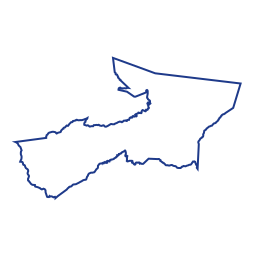 outline of Cruzeiro do Sul, Acre, Brazil
{"feature_id": "56859067B30486301252359", "entity_name": "Cruzeiro do Sul", "entity_type": "district", "adm_level": 2, "iso_a3": "BRA", "parent_name": "Brazil", "parent_adm1": "Acre", "projection": "albers", "projection_center": [-72.817, -7.957], "detail": "fine", "context": "isolated", "style": "outline", "palette": "blue", "viewbox_px": 256, "rotation_deg": 0, "n_neighbors": 0, "source": "geoboundaries", "source_scale": "gbopen_adm2", "svg_char_len": 5904}
<svg xmlns="http://www.w3.org/2000/svg" viewBox="0 0 256 256"><path d="M240.6,83.5L155.2,73.3L113.0,57.9L114.7,71.9L114.8,72.4L115.4,72.8L115.7,73.2L115.7,74.3L116.4,74.7L117.0,74.7L117.6,75.7L117.6,76.1L118.3,77.2L118.1,77.6L118.4,78.0L119.5,79.0L119.8,79.5L120.2,79.7L120.0,80.0L121.0,80.8L128.5,87.9L127.6,87.8L125.9,88.4L124.8,88.2L122.9,88.4L120.5,88.1L120.3,87.7L119.4,87.8L118.8,88.3L118.5,89.3L118.5,89.8L127.0,91.7L134.1,96.6L134.9,96.7L135.4,96.7L145.9,92.5L146.2,91.8L146.2,90.5L146.5,90.2L147.0,90.0L147.4,90.3L147.7,91.0L147.7,93.7L147.1,96.9L147.1,97.8L147.7,98.4L148.0,99.2L148.5,99.7L149.6,100.4L150.0,101.0L150.0,101.6L149.8,101.9L149.2,102.3L148.6,102.3L148.0,102.5L147.6,103.1L148.2,103.3L150.2,103.0L150.4,103.5L149.2,104.4L148.2,104.5L147.8,104.8L148.4,105.8L148.3,106.8L148.5,107.4L148.9,107.9L148.7,108.3L147.9,108.8L147.7,109.6L147.2,109.9L146.1,109.7L145.8,110.1L145.9,110.7L145.7,111.2L145.3,111.3L143.0,110.2L142.5,110.1L141.5,111.5L141.6,112.7L141.3,113.1L139.3,113.0L138.8,112.6L138.4,112.6L137.9,113.4L135.7,114.2L135.3,114.6L136.4,115.3L136.7,115.9L136.2,116.4L135.5,116.2L134.4,116.6L133.2,116.0L132.7,116.2L132.6,117.0L132.3,117.5L131.1,117.7L131.0,117.3L130.5,117.4L129.6,118.1L129.0,119.9L127.6,119.9L127.1,120.2L127.0,120.7L126.8,121.0L126.2,120.9L125.9,120.4L124.6,120.7L124.1,120.6L123.6,120.8L122.9,121.6L121.9,122.2L120.9,121.6L120.3,121.8L119.6,121.6L117.7,122.4L116.8,123.0L115.9,123.3L114.7,123.8L114.4,124.2L112.9,124.3L111.2,124.0L110.7,124.1L107.8,125.9L106.5,126.5L106.0,126.7L105.3,126.7L104.6,126.3L103.8,125.4L103.2,125.3L101.9,125.8L101.3,125.9L100.6,125.7L100.1,125.6L99.4,125.4L99.0,124.9L98.4,124.8L97.8,125.1L96.3,124.9L95.2,125.1L94.2,125.1L93.7,125.2L93.1,126.2L91.2,126.2L89.9,126.6L89.5,126.5L88.3,125.5L87.6,125.3L86.7,125.6L84.3,124.8L84.2,124.1L84.3,123.5L84.7,122.3L85.4,121.9L85.7,120.3L86.2,119.6L87.1,118.8L87.3,118.5L87.4,118.0L86.9,118.3L86.5,118.7L86.0,118.9L85.3,118.9L84.6,119.3L82.1,120.1L80.2,120.1L78.9,120.3L77.9,120.2L76.9,119.8L76.4,119.8L76.0,120.0L75.8,120.4L72.9,121.1L72.7,121.7L72.2,122.1L71.6,122.1L71.1,122.2L70.8,122.6L69.5,123.8L68.3,125.5L67.9,125.9L66.8,125.5L66.4,125.8L65.0,127.4L63.9,127.7L63.4,128.2L63.4,128.7L62.9,128.8L62.1,129.6L61.2,130.5L60.8,131.8L60.4,132.1L57.8,132.8L56.7,133.5L56.2,133.2L55.8,132.5L55.3,132.2L53.6,131.8L52.2,131.8L49.1,132.7L48.2,133.4L47.5,134.6L47.1,134.8L46.6,135.2L46.4,136.3L46.1,136.8L46.2,137.4L46.2,137.9L15.4,142.0L16.3,142.4L17.5,143.3L18.0,143.9L18.7,145.5L20.4,147.0L21.6,150.4L21.0,151.4L20.8,153.0L20.9,154.6L21.5,156.0L21.6,157.1L21.4,159.0L20.6,160.6L20.2,161.7L22.1,161.9L22.6,162.3L22.7,162.8L23.0,163.2L23.1,164.3L23.4,164.8L24.5,165.1L24.9,165.6L25.3,167.0L25.9,168.1L27.6,169.3L28.1,170.2L28.2,171.2L27.7,172.6L27.6,173.6L28.0,174.5L28.7,175.3L29.0,176.1L28.4,178.1L28.0,178.9L28.1,180.5L29.1,181.2L29.4,181.9L29.9,182.3L30.8,183.7L32.3,184.8L34.9,185.0L34.9,185.9L35.3,186.6L36.7,186.9L38.6,187.5L39.3,187.9L40.1,188.2L40.5,188.7L41.9,189.4L43.5,188.7L44.7,189.2L45.5,190.3L45.6,192.4L47.1,196.8L48.1,197.1L48.8,196.9L49.5,196.1L49.9,196.7L50.3,196.4L51.0,196.3L52.3,196.6L53.4,197.3L55.0,196.8L55.5,197.4L55.5,198.1L58.2,195.8L66.8,189.5L67.8,188.2L68.5,187.8L69.1,187.0L69.7,186.9L70.1,186.5L70.9,186.5L71.4,186.3L72.8,184.8L73.4,184.5L75.9,184.2L78.9,182.7L80.6,181.7L81.6,181.3L82.6,180.5L84.2,179.9L85.8,179.7L86.2,179.4L87.1,176.7L87.9,175.7L88.2,174.6L88.8,173.8L89.1,173.5L90.9,172.7L92.7,172.7L93.6,172.3L94.1,172.3L94.7,171.8L96.4,169.2L97.6,168.3L97.9,167.5L98.0,165.7L99.5,163.8L100.4,163.5L101.4,163.5L103.0,162.8L103.1,163.2L103.4,162.8L103.9,162.6L104.2,162.9L104.9,162.0L106.2,162.3L106.2,162.9L106.6,162.9L106.7,162.3L107.3,162.4L107.4,162.0L107.4,161.6L107.1,161.1L107.8,160.8L109.2,161.3L109.2,160.9L110.3,160.5L110.2,160.0L110.6,159.8L111.4,159.5L112.2,159.5L113.8,159.0L114.3,158.3L115.4,157.8L116.1,157.0L116.4,157.1L116.6,156.7L117.2,156.3L117.1,156.0L117.5,155.7L117.3,155.2L117.9,155.1L118.1,155.4L118.8,154.9L118.9,154.0L119.9,153.9L120.4,153.7L120.6,153.3L121.2,153.3L122.2,152.1L123.9,151.5L124.3,151.0L125.0,150.5L125.4,150.9L125.8,152.4L125.9,153.9L125.3,155.3L125.3,155.9L125.7,156.3L126.9,155.8L127.3,156.1L126.9,156.7L127.1,157.9L126.9,158.5L127.0,159.8L126.8,161.0L127.3,161.4L128.1,161.3L129.6,160.8L132.0,160.8L132.4,161.0L132.5,161.5L132.1,162.1L132.0,162.6L132.3,162.8L132.9,162.9L133.3,163.2L133.8,164.0L134.5,164.6L135.0,164.6L135.4,164.3L135.5,163.4L135.8,162.9L136.3,162.5L136.8,162.5L137.2,162.7L138.2,162.5L138.6,162.7L138.9,162.5L139.4,162.5L139.7,162.8L139.7,163.3L139.9,163.7L140.3,163.5L140.7,163.3L141.9,163.9L143.2,163.8L148.6,158.7L157.8,159.1L158.3,159.0L159.0,159.0L159.7,159.7L160.5,160.1L160.6,160.5L160.4,160.9L161.3,161.5L161.7,161.9L162.5,162.2L162.7,162.7L164.0,163.2L164.3,163.7L164.8,164.0L165.5,164.9L165.9,165.2L167.0,165.3L167.7,165.2L168.1,165.4L169.2,165.6L171.3,165.0L172.2,165.1L173.3,165.8L174.7,166.1L175.3,166.1L176.2,166.6L176.8,167.4L177.3,167.8L178.8,168.0L180.6,168.0L181.1,167.6L181.7,166.9L182.0,166.7L182.5,166.7L183.4,166.0L185.6,166.3L186.8,165.7L188.3,165.3L189.2,164.8L190.4,164.7L190.9,164.5L191.7,163.5L192.3,162.5L193.1,161.5L193.6,161.7L194.3,161.4L195.1,161.8L195.3,162.2L195.3,162.6L195.9,163.8L195.9,164.2L197.2,166.4L196.8,167.8L197.6,168.9L198.8,144.0L198.3,142.5L198.4,141.6L198.6,141.2L199.3,140.5L200.3,138.7L201.1,138.2L201.8,137.4L202.3,137.4L203.1,136.4L203.3,135.1L203.2,134.7L203.2,134.3L203.9,133.0L204.3,130.7L206.0,129.6L206.3,129.2L206.4,128.7L207.2,128.1L208.0,127.5L209.0,126.6L210.1,126.3L211.0,125.8L211.9,125.7L212.2,125.4L212.8,124.5L214.0,123.4L215.3,123.1L215.8,122.8L216.5,121.8L217.2,121.4L217.6,121.1L218.3,119.9L218.7,119.6L218.7,119.2L219.1,118.8L219.6,117.7L220.3,117.5L221.2,115.9L221.6,115.7L221.7,115.3L222.0,115.0L223.3,114.2L223.8,114.2L224.9,113.6L225.2,113.2L233.2,107.9L240.6,83.5Z" fill="none" stroke="#1e3a8a" stroke-width="2"/></svg>